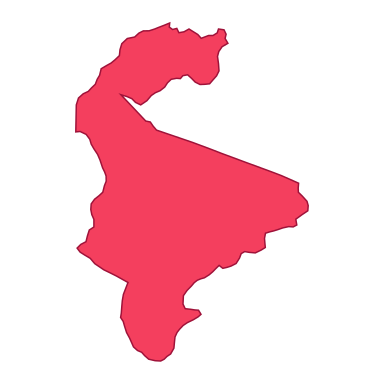 Itatiaia, Rio de Janeiro, Brazil (Mercator projection)
{"feature_id": "56859067B89596650160395", "entity_name": "Itatiaia", "entity_type": "district", "adm_level": 2, "iso_a3": "BRA", "parent_name": "Brazil", "parent_adm1": "Rio de Janeiro", "projection": "mercator", "projection_center": [-44.586, -22.443], "detail": "fine", "context": "isolated", "style": "filled", "palette": "rose", "viewbox_px": 384, "rotation_deg": 0, "n_neighbors": 0, "source": "geoboundaries", "source_scale": "gbopen_adm2", "svg_char_len": 2327}
<svg xmlns="http://www.w3.org/2000/svg" viewBox="0 0 384 384"><path d="M76.3,104.9L75.8,131.9L80.1,131.5L86.2,134.4L89.8,139.3L91.2,144.1L93.9,148.8L97.6,154.4L100.0,160.0L102.6,167.8L104.6,171.9L106.1,176.0L106.2,181.2L104.4,185.8L102.8,192.2L98.8,195.9L94.6,199.2L91.2,203.9L90.8,209.5L91.8,214.6L93.9,219.4L93.9,227.0L89.3,230.0L87.4,236.0L86.0,241.7L80.8,244.4L77.1,248.1L80.1,252.1L84.8,255.1L90.2,258.3L94.8,263.7L100.0,267.2L103.8,269.8L109.6,272.6L116.4,276.0L128.0,282.5L123.4,294.4L122.3,300.7L121.8,306.5L121.3,313.2L120.6,317.5L123.2,321.4L124.6,326.3L126.6,332.6L129.6,338.1L133.5,346.9L137.5,350.5L141.7,352.3L144.6,355.6L148.7,359.2L155.1,360.7L160.7,361.0L164.2,359.2L167.0,356.4L170.6,354.0L173.9,348.2L174.4,342.8L175.0,337.0L177.1,332.4L179.6,329.2L183.1,325.5L187.4,322.6L193.4,319.7L198.2,316.8L201.0,314.3L198.5,310.2L194.6,309.9L190.8,309.3L185.2,308.7L183.0,304.1L183.4,295.7L187.0,290.5L191.5,285.9L194.2,282.7L197.2,280.3L200.8,278.8L204.4,277.8L209.3,274.7L212.8,271.7L215.7,268.7L219.1,265.4L222.8,268.3L226.9,267.4L231.0,266.1L236.1,263.5L239.5,258.1L241.2,253.6L244.7,251.6L249.5,252.4L255.3,252.9L261.1,250.1L265.3,247.5L264.9,243.2L264.5,238.4L265.5,233.2L269.6,231.9L273.7,230.9L277.9,229.6L282.8,227.9L288.7,226.6L293.2,226.9L296.8,225.0L295.8,219.2L301.7,214.9L307.8,210.8L308.2,205.6L307.0,201.3L302.2,196.0L298.4,192.3L298.2,188.1L298.6,183.2L281.4,175.6L274.6,173.0L268.2,170.6L246.1,162.5L221.3,153.3L211.0,149.3L192.8,142.5L156.5,130.1L153.1,126.1L150.3,122.0L145.7,121.0L120.9,94.7L127.1,96.6L131.9,98.7L135.5,102.4L140.7,104.9L146.9,100.7L151.3,95.5L155.4,92.7L160.1,90.7L164.7,87.1L167.5,82.8L171.2,79.3L176.6,78.3L180.4,78.6L182.8,75.7L187.6,74.8L191.5,78.3L195.2,82.1L200.0,84.5L204.8,84.3L209.6,83.8L212.8,80.1L216.6,75.8L219.0,70.9L218.5,63.7L217.5,56.4L218.8,51.5L222.1,46.7L227.9,43.3L225.1,38.5L226.1,34.2L224.0,29.8L218.5,29.0L217.2,32.9L213.0,35.5L208.6,35.5L201.2,38.3L197.8,34.5L193.6,31.9L189.0,29.0L184.0,31.8L178.9,32.7L176.8,28.4L172.6,29.5L169.3,27.1L169.7,23.0L164.1,25.3L158.1,27.6L154.7,29.0L149.1,30.8L143.3,30.9L138.9,33.1L134.7,37.0L127.3,38.5L121.8,43.7L120.0,49.7L119.4,55.6L114.9,59.9L111.0,63.1L107.0,65.3L101.2,68.7L99.6,75.3L97.2,79.3L95.3,84.3L91.4,88.0L88.3,91.4L83.2,93.8L78.5,98.0L76.3,104.9Z" fill="#f43f5e" stroke="#9f1239" stroke-width="1.5"/></svg>